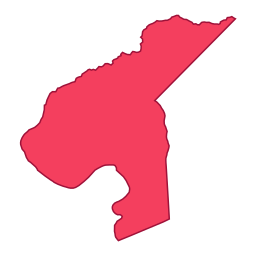 Petrolândia, Pernambuco, Brazil (Albers equal-area conic projection)
{"feature_id": "56859067B45714966424810", "entity_name": "Petrolândia", "entity_type": "district", "adm_level": 2, "iso_a3": "BRA", "parent_name": "Brazil", "parent_adm1": "Pernambuco", "projection": "albers", "projection_center": [-38.304, -8.913], "detail": "fine", "context": "isolated", "style": "filled", "palette": "rose", "viewbox_px": 256, "rotation_deg": 0, "n_neighbors": 0, "source": "geoboundaries", "source_scale": "gbopen_adm2", "svg_char_len": 2610}
<svg xmlns="http://www.w3.org/2000/svg" viewBox="0 0 256 256"><path d="M44.4,105.2L44.3,109.8L42.7,116.9L41.1,119.4L39.8,122.7L37.4,125.2L35.0,127.2L33.7,127.9L29.0,129.9L27.6,131.5L24.8,133.9L23.7,135.2L22.1,137.8L20.9,140.7L20.6,142.7L20.7,144.6L22.1,149.0L23.4,150.6L24.5,151.8L26.4,157.4L28.4,160.8L30.8,162.5L35.6,166.8L37.0,168.7L37.6,170.2L45.1,176.0L47.8,177.9L50.8,180.0L53.1,181.4L54.1,182.3L57.9,184.2L63.1,186.2L66.4,187.1L68.2,187.7L70.4,188.1L73.3,188.1L75.6,187.4L78.9,185.5L83.9,181.5L88.5,177.3L95.0,170.1L98.0,168.3L101.7,166.4L103.6,165.6L105.5,165.1L109.8,164.9L113.4,164.9L115.0,165.5L116.4,167.7L116.5,170.3L123.5,176.7L126.2,180.6L128.7,185.7L129.4,187.1L129.7,189.0L129.2,192.3L125.9,196.3L122.7,199.1L118.7,201.4L116.9,202.0L114.6,203.2L112.9,205.2L112.3,207.0L112.4,208.9L113.5,211.6L115.4,213.6L117.5,214.7L120.4,214.7L122.2,216.3L121.6,218.3L117.1,221.3L116.1,223.2L114.6,225.3L114.5,231.3L115.0,233.5L115.3,235.8L115.7,237.1L116.9,238.8L118.4,240.6L121.3,239.4L131.1,235.4L145.8,229.2L163.3,221.9L169.3,219.0L168.3,201.6L166.3,168.4L166.2,166.6L165.9,162.6L165.8,160.2L165.9,158.1L166.4,156.4L166.8,155.0L167.1,152.9L168.0,150.7L168.8,147.8L169.1,145.8L168.1,143.1L167.7,141.1L166.8,139.2L166.4,136.9L166.6,133.8L167.1,131.4L166.2,128.8L165.5,126.6L164.8,125.4L164.3,123.9L164.1,120.9L165.0,115.9L164.5,113.4L163.2,110.5L161.6,108.2L160.2,105.6L156.9,102.1L154.7,100.6L204.9,49.7L220.1,34.3L235.4,18.8L233.5,17.8L231.8,16.6L230.0,17.3L227.3,17.6L226.2,19.9L223.9,20.1L221.9,21.1L220.4,22.0L220.2,23.5L218.7,24.4L217.3,24.0L214.2,24.0L211.8,23.5L209.1,22.3L206.5,22.4L204.2,22.0L201.9,22.3L200.6,23.4L199.4,24.8L197.4,24.7L195.9,23.8L193.4,24.1L191.9,22.3L189.8,21.3L186.5,19.5L183.8,19.3L182.1,18.3L179.7,17.1L178.5,15.5L176.6,15.4L173.5,16.6L171.8,17.1L170.5,18.8L167.3,20.3L165.4,20.3L162.0,21.0L159.0,21.1L156.9,20.7L155.0,22.2L152.7,23.5L150.9,24.1L149.1,24.9L146.9,26.8L146.5,28.4L143.8,29.9L142.6,31.7L142.1,35.8L140.7,37.2L142.5,39.0L142.7,42.0L140.4,44.0L141.2,46.0L141.1,48.8L140.5,51.1L138.4,52.2L136.4,52.4L134.5,51.8L132.8,51.5L131.5,52.9L130.4,54.7L127.3,54.5L125.0,53.6L122.5,52.4L120.8,54.3L121.0,55.7L118.2,56.8L117.8,58.0L116.4,58.8L113.9,59.7L112.5,61.1L113.1,63.1L111.1,65.0L107.8,63.6L105.2,63.7L103.0,66.1L101.6,66.8L98.9,66.6L97.7,68.1L95.6,70.2L93.3,69.4L91.4,70.1L89.6,69.3L88.1,69.8L86.8,71.1L82.2,74.1L81.4,76.4L78.9,77.0L77.4,77.6L76.2,78.4L75.0,81.7L72.8,82.2L71.3,82.7L69.5,83.6L63.6,85.7L61.6,86.7L59.6,87.9L57.7,88.2L55.8,91.7L52.4,91.7L50.1,93.5L48.4,97.0L47.0,100.1L45.8,104.6L44.4,105.2Z" fill="#f43f5e" stroke="#9f1239" stroke-width="1.5"/></svg>